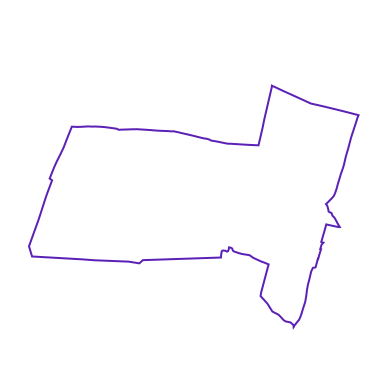 the district of San Agustín Yatareni, Oaxaca, Mexico, rotated 189°
{"feature_id": "50627088B58222599296469", "entity_name": "San Agustín Yatareni", "entity_type": "district", "adm_level": 2, "iso_a3": "MEX", "parent_name": "Mexico", "parent_adm1": "Oaxaca", "projection": "mercator", "projection_center": [-96.684, 17.08], "detail": "fine", "context": "isolated", "style": "outline", "palette": "violet", "viewbox_px": 384, "rotation_deg": 189, "n_neighbors": 0, "source": "geoboundaries", "source_scale": "gbopen_adm2", "svg_char_len": 2775}
<svg xmlns="http://www.w3.org/2000/svg" viewBox="0 0 384 384"><g transform="rotate(189 192 192)"><path d="M339.9,103.3L290.0,108.3L277.8,109.3L243.8,113.3L232.8,113.3L229.9,117.0L153.2,131.8L153.3,133.4L153.4,135.3L153.3,136.7L153.5,137.3L153.1,138.6L152.2,139.1L150.1,139.2L149.1,139.0L148.5,138.6L148.0,138.7L147.1,139.3L146.7,141.7L146.8,143.1L145.2,143.1L144.5,142.9L143.7,142.6L143.2,142.1L142.9,141.3L142.3,140.4L141.2,139.8L138.4,139.4L137.4,139.1L132.9,138.6L131.5,138.6L127.9,138.6L125.6,138.6L124.5,138.3L123.8,137.8L123.1,137.5L121.3,136.6L112.5,134.1L111.4,134.0L105.0,132.5L106.4,119.1L107.5,108.2L107.9,104.5L108.0,102.3L108.0,100.1L108.0,99.9L100.2,93.7L93.9,86.5L87.2,84.3L81.3,79.7L79.1,78.8L74.3,78.6L71.0,76.5L70.5,74.5L70.2,75.1L70.3,75.5L67.1,81.2L66.4,82.2L65.6,84.8L64.8,88.7L64.5,91.3L64.0,94.7L63.0,101.1L62.9,106.8L62.9,107.3L63.1,112.9L63.0,118.2L63.0,118.5L62.5,123.4L62.4,124.4L62.1,128.8L61.8,132.3L60.7,136.0L58.3,136.8L58.1,137.5L57.3,145.2L57.2,145.9L56.9,145.8L56.4,150.3L55.6,155.7L56.4,155.7L55.8,160.2L54.6,162.0L54.3,162.5L55.8,162.6L56.5,162.8L55.0,174.9L54.3,181.0L53.0,180.9L48.1,180.6L47.5,180.6L46.9,180.6L46.2,180.5L41.8,180.3L40.6,180.5L43.5,184.0L44.6,185.5L46.2,187.6L47.0,188.7L49.6,190.6L50.3,192.0L50.5,192.3L51.0,193.1L53.2,193.6L54.2,194.4L54.6,196.1L55.3,197.4L56.0,199.2L56.9,200.2L57.8,201.0L57.4,201.4L52.7,208.0L51.5,209.9L50.9,211.5L50.4,213.8L49.6,218.5L49.2,222.8L48.0,231.1L47.8,233.1L47.2,236.1L46.7,239.0L46.3,241.6L46.1,243.8L45.9,246.9L45.6,251.2L44.8,257.2L44.4,260.4L44.2,262.5L43.8,266.8L43.4,270.4L42.9,273.8L40.8,286.8L40.2,291.1L39.5,293.9L42.0,294.2L43.7,294.3L46.1,294.6L57.0,295.6L59.6,295.8L62.8,296.1L71.8,296.8L72.1,296.8L73.0,296.9L73.9,297.0L88.6,298.0L102.2,301.8L117.8,306.1L129.7,309.5L129.6,307.9L130.0,302.6L132.0,274.5L132.0,274.4L132.3,267.0L133.6,248.5L135.4,248.3L142.7,247.5L148.5,246.9L154.1,246.4L157.1,246.1L158.0,246.0L161.5,245.7L163.6,245.4L164.8,245.3L167.2,245.4L169.7,245.5L173.3,245.7L177.4,245.8L180.9,245.8L181.9,246.0L182.5,246.4L185.8,246.9L188.9,246.8L193.7,247.2L200.2,247.8L217.6,249.0L219.6,249.1L221.8,248.7L224.0,248.5L226.1,248.3L234.7,247.3L235.5,247.2L242.4,246.7L244.3,246.5L247.1,246.3L249.0,246.1L250.1,246.0L256.2,245.4L260.8,244.6L265.4,243.7L267.5,243.3L270.2,242.8L274.1,242.0L274.9,242.2L275.9,242.7L283.4,242.6L285.6,242.5L286.4,242.5L288.7,242.4L290.0,242.3L292.7,242.1L298.0,241.5L300.6,241.0L305.1,240.5L305.4,240.4L306.3,240.2L311.9,239.0L315.5,238.3L317.4,238.1L319.6,237.9L320.0,237.8L320.9,237.7L324.1,223.6L325.7,216.0L326.8,212.3L327.2,211.0L327.4,210.2L330.6,200.1L332.0,194.9L334.7,183.0L332.0,181.7L335.0,167.0L335.7,163.0L339.0,141.7L339.7,138.1L342.4,123.9L344.5,112.9L339.9,103.3Z" fill="none" stroke="#5b21b6" stroke-width="2"/></g></svg>